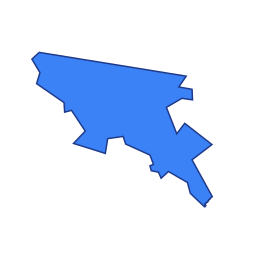 Lainya, Central Equatoria, South Sudan (Mercator projection), rotated 345°
{"feature_id": "79223893B40788586970477", "entity_name": "Lainya", "entity_type": "district", "adm_level": 2, "iso_a3": "SSD", "parent_name": "South Sudan", "parent_adm1": "Central Equatoria", "projection": "mercator", "projection_center": [31.019, 4.203], "detail": "fine", "context": "isolated", "style": "filled", "palette": "blue", "viewbox_px": 256, "rotation_deg": 345, "n_neighbors": 0, "source": "geoboundaries", "source_scale": "gbopen_adm2", "svg_char_len": 1101}
<svg xmlns="http://www.w3.org/2000/svg" viewBox="0 0 256 256"><g transform="rotate(345 128 128)"><path d="M181.4,223.8L181.5,223.8L181.9,224.0L182.1,223.7L182.2,223.4L182.5,223.3L183.0,223.2L182.8,222.8L182.4,222.7L182.0,222.4L182.1,222.1L182.5,221.9L182.8,221.6L182.8,221.3L182.9,221.0L183.3,221.1L183.6,221.2L183.8,221.1L183.8,220.7L184.0,220.4L184.6,220.3L184.8,220.1L185.1,220.2L185.3,220.3L185.6,220.2L185.8,219.9L185.9,219.6L186.3,219.6L186.6,219.5L186.6,219.2L186.7,218.9L187.0,218.7L187.6,218.5L187.7,218.3L187.7,218.0L188.1,217.8L188.5,217.9L188.8,217.9L189.0,217.7L189.3,217.3L189.4,217.1L190.0,216.9L190.5,216.6L191.0,216.6L191.4,216.2L191.6,216.0L181.6,175.3L204.8,165.7L184.0,138.2L173.6,146.2L170.4,118.0L187.7,113.3L197.6,117.5L199.9,107.2L187.7,101.5L197.6,93.0L61.8,32.0L53.0,36.6L57.3,51.7L51.2,61.5L72.8,86.9L70.9,96.3L78.0,96.3L85.9,119.9L71.4,128.8L99.5,146.7L105.6,133.0L121.1,134.9L121.6,142.9L142.2,159.8L143.2,169.7L139.4,170.2L139.4,175.3L146.0,178.6L147.0,185.1L155.8,180.5L171.3,196.0L171.3,207.3L181.4,223.8Z" fill="#3b82f6" stroke="#1e3a8a" stroke-width="1.5"/></g></svg>